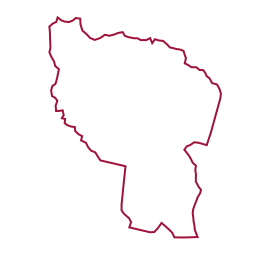 Meleiro, Santa Catarina, Brazil, rotated 186°
{"feature_id": "56859067B77617457657504", "entity_name": "Meleiro", "entity_type": "district", "adm_level": 2, "iso_a3": "BRA", "parent_name": "Brazil", "parent_adm1": "Santa Catarina", "projection": "robinson", "projection_center": [-49.595, -28.833], "detail": "fine", "context": "isolated", "style": "outline", "palette": "rose", "viewbox_px": 256, "rotation_deg": 186, "n_neighbors": 0, "source": "geoboundaries", "source_scale": "gbopen_adm2", "svg_char_len": 1749}
<svg xmlns="http://www.w3.org/2000/svg" viewBox="0 0 256 256"><g transform="rotate(186 128 128)"><path d="M213.5,199.7L214.1,195.1L211.7,190.8L208.5,186.5L206.9,182.1L202.9,179.3L203.3,174.4L204.0,168.3L204.8,164.2L207.6,161.9L208.4,157.4L206.9,151.8L203.6,150.4L201.1,147.7L202.3,142.7L201.3,137.4L198.2,137.8L194.8,138.7L193.3,134.1L194.8,130.8L191.5,130.4L191.5,126.3L188.9,124.6L185.0,123.5L181.0,123.4L180.2,119.5L176.7,116.7L172.7,115.1L173.4,110.8L168.3,108.9L165.7,104.8L162.5,101.7L158.0,100.3L155.6,97.2L152.1,92.9L126.5,89.7L126.5,73.5L126.4,56.1L126.4,51.4L125.8,45.4L123.3,42.5L120.3,40.3L117.5,38.4L115.1,34.7L116.3,29.3L95.1,26.6L91.0,27.3L88.0,31.2L84.7,37.1L81.8,35.1L78.1,32.5L73.1,28.5L70.4,24.1L60.6,25.0L47.4,26.8L50.8,33.5L52.0,38.8L53.1,42.3L53.7,45.8L54.7,49.6L54.8,53.2L54.0,57.1L52.7,61.5L51.4,66.7L49.5,70.6L48.9,74.1L51.3,76.5L55.0,81.9L55.5,88.4L56.7,93.5L56.5,97.6L60.1,100.3L62.7,104.6L65.4,107.9L69.7,112.3L67.6,115.9L64.3,117.6L60.7,120.7L56.3,120.7L51.7,119.9L47.9,119.2L45.1,132.2L39.2,167.6L39.3,172.2L41.1,176.4L44.1,180.6L49.1,181.5L52.1,185.9L55.3,187.9L56.9,190.9L59.5,193.5L62.8,193.1L66.3,195.5L71.4,195.1L74.8,197.0L78.3,198.2L77.7,203.6L79.3,206.9L80.8,210.4L84.4,211.5L88.2,211.6L91.6,212.2L94.8,212.5L97.5,214.9L102.2,218.3L106.6,218.3L110.5,219.1L112.8,214.9L115.4,219.7L119.1,217.3L124.6,216.8L127.7,218.2L131.8,217.9L137.0,218.4L140.9,219.4L143.3,222.8L147.7,221.5L151.8,219.4L156.1,217.8L160.7,218.3L165.2,214.5L170.4,212.1L175.2,213.7L179.0,217.0L183.5,220.1L186.1,226.1L186.9,231.7L191.5,231.9L194.2,229.1L197.8,227.2L202.1,227.2L205.6,228.1L209.5,230.6L210.4,226.0L213.7,224.0L216.8,220.7L215.7,215.2L215.0,210.0L214.4,205.7L213.5,199.7Z" fill="none" stroke="#9f1239" stroke-width="2"/></g></svg>